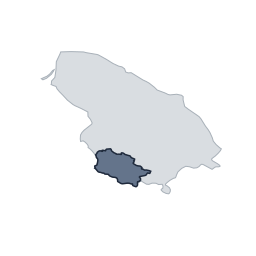 where Alytaus sits in Lithuania, rotated 26°
{"feature_id": "LTU-1067", "entity_name": "Alytaus", "entity_type": "County", "adm_level": 1, "iso_a3": "LTU", "parent_name": "Lithuania", "parent_adm1": "", "projection": "equal_earth", "projection_center": [24.158, 54.224], "detail": "fine", "context": "in_parent", "style": "filled", "palette": "slate", "viewbox_px": 256, "rotation_deg": 26, "n_neighbors": 0, "source": "natural_earth", "source_scale": "10m", "svg_char_len": 4524}
<svg xmlns="http://www.w3.org/2000/svg" viewBox="0 0 256 256"><g transform="rotate(26 128 128)"><path d="M91.3,160.9L89.9,158.8L88.4,155.1L88.6,152.2L89.5,149.2L93.7,140.5L93.5,139.1L90.5,136.7L86.9,135.0L84.9,131.2L77.4,131.0L70.3,131.2L68.1,131.0L61.3,129.5L54.9,127.0L50.6,125.5L47.0,123.9L45.1,122.2L41.9,122.6L39.8,122.6L39.9,122.3L38.7,119.3L40.1,114.7L38.0,107.9L34.5,99.8L34.4,91.1L34.2,89.1L43.3,84.3L54.8,79.1L57.4,78.6L67.9,75.5L69.3,75.3L78.8,75.8L86.2,76.6L92.4,76.5L95.8,75.7L99.0,76.3L101.4,78.7L104.0,78.4L106.6,76.9L120.5,78.3L123.7,78.2L127.3,78.4L133.8,79.8L137.6,81.1L145.9,80.3L149.4,80.3L151.3,79.8L157.0,76.3L159.5,75.7L161.7,75.1L163.8,75.6L165.2,78.6L169.5,83.8L174.1,84.7L186.8,86.6L189.4,87.7L196.7,92.3L201.0,94.5L203.8,96.3L208.0,99.8L210.4,102.4L214.5,104.3L219.3,105.6L221.0,105.8L221.0,107.7L220.2,110.9L218.7,115.0L217.1,118.1L216.7,119.4L218.0,120.4L224.3,120.9L227.0,121.4L227.5,122.3L226.1,123.4L224.1,124.3L223.3,125.2L221.7,128.3L211.2,127.9L209.8,128.5L209.2,129.9L208.7,131.6L207.3,133.6L204.6,135.3L200.2,135.9L196.7,137.1L194.0,140.7L192.1,145.6L192.2,149.1L192.5,151.0L192.3,152.1L190.9,153.3L188.7,156.5L187.0,160.0L186.3,162.0L186.7,162.9L188.7,162.9L191.6,163.6L193.2,165.0L193.8,166.7L193.8,168.4L193.3,169.4L190.9,170.1L187.3,170.1L185.1,169.3L184.7,168.6L185.7,166.9L184.9,164.8L183.4,163.6L180.3,165.4L177.3,165.4L173.8,167.0L171.5,169.5L169.2,170.4L163.2,169.9L161.7,171.0L160.5,176.2L159.8,177.2L154.7,176.9L149.8,179.0L144.3,180.7L141.5,179.5L140.0,178.2L137.0,178.4L133.7,179.0L131.5,178.7L129.1,178.8L124.3,179.8L118.3,179.5L115.8,178.7L115.5,177.8L115.7,175.8L115.7,172.7L114.7,170.0L111.9,167.5L108.9,165.8L105.1,164.1L102.3,163.3L100.7,163.1L100.4,162.1L99.8,161.3L98.5,160.5L95.7,159.5L93.3,159.2L91.3,160.9ZM30.4,122.0L28.5,121.7L32.5,116.9L34.0,113.8L35.1,109.3L36.1,107.9L36.1,109.9L35.6,113.3L33.0,119.0L30.4,122.0Z" fill="#d9dde1" stroke="#a8b0b8" stroke-width="1"/><path d="M162.6,169.9L161.6,170.3L161.4,170.6L161.4,170.9L161.5,171.2L161.4,171.4L160.8,171.7L160.5,172.0L160.3,172.0L160.2,172.1L160.4,172.8L160.8,173.7L161.3,174.4L161.6,175.2L161.5,176.4L161.1,177.1L160.5,177.4L158.2,177.6L157.6,177.6L157.1,177.2L156.7,176.4L156.4,176.3L155.5,176.8L153.3,177.1L151.5,177.9L147.6,180.5L146.4,180.9L145.1,180.9L144.1,180.7L142.9,180.7L142.2,180.6L141.9,180.2L141.3,179.0L140.3,178.1L139.2,177.8L138.1,178.0L136.0,178.8L135.0,179.0L132.8,179.1L132.2,179.0L131.2,178.5L130.7,178.3L130.2,178.4L127.5,179.5L127.3,179.5L127.0,179.5L126.4,179.2L126.1,179.2L125.6,179.3L125.0,179.6L122.9,179.9L121.2,180.4L120.6,180.4L120.0,180.3L117.0,178.9L115.8,178.7L115.9,178.4L116.0,178.2L115.9,178.0L115.7,177.8L115.3,177.6L115.0,177.3L114.9,176.9L114.9,176.4L115.1,176.2L115.3,176.1L115.7,175.8L116.2,175.1L116.2,174.2L115.7,172.2L115.4,171.3L115.1,170.3L114.6,169.5L114.0,168.9L113.7,168.7L113.0,168.6L112.6,168.4L112.3,168.1L111.7,167.2L111.4,166.8L110.7,166.4L110.8,165.7L111.2,164.3L111.1,164.0L111.0,163.7L111.0,163.4L111.1,163.1L111.4,162.7L111.5,162.3L111.9,161.6L112.5,161.0L113.0,160.7L113.8,160.5L114.9,160.4L115.2,160.2L115.3,160.0L115.2,159.9L114.8,159.7L114.6,159.5L114.9,159.2L115.2,159.0L117.8,158.3L117.8,158.0L117.8,157.9L117.7,157.4L117.7,157.1L117.8,156.7L118.0,156.4L118.3,156.2L121.2,154.5L121.5,154.4L121.9,154.5L122.5,154.9L122.7,155.3L123.4,155.8L125.1,156.1L125.5,156.4L128.7,156.3L128.8,156.4L128.7,156.5L128.8,156.6L129.3,156.5L130.2,156.1L131.4,155.4L133.4,154.8L133.5,154.7L133.5,154.4L133.2,154.1L133.0,153.9L133.0,153.6L133.0,153.3L133.1,153.2L133.5,153.0L133.7,152.9L134.5,152.7L135.1,152.7L135.8,152.8L136.1,152.9L136.4,153.0L136.7,153.1L140.5,152.5L141.2,152.3L141.8,152.2L142.4,152.3L143.1,152.7L143.4,153.0L144.0,153.2L144.5,153.2L147.5,153.0L147.9,153.9L147.8,154.2L147.8,154.6L147.6,154.7L147.5,154.9L147.5,155.0L148.1,155.4L148.3,155.7L148.1,156.4L148.0,156.7L148.0,157.1L148.1,157.4L148.8,157.7L151.8,158.0L152.4,157.9L153.5,157.7L154.0,157.5L154.8,157.2L155.4,157.0L155.8,156.9L156.8,157.1L157.8,157.4L158.0,157.6L158.1,157.8L158.0,158.0L157.9,158.3L158.0,158.6L158.2,158.8L158.6,158.8L158.9,158.7L159.4,158.5L159.9,158.4L160.5,158.5L161.0,158.6L161.3,158.6L162.9,157.7L165.7,157.0L167.4,156.9L167.5,158.8L167.5,159.0L167.4,159.3L166.8,159.5L165.8,159.7L165.5,159.8L165.3,159.9L165.2,160.1L165.1,160.7L164.9,162.0L164.7,162.7L163.4,163.8L159.8,166.5L159.7,166.9L159.8,167.2L160.2,167.4L161.0,167.7L161.3,167.9L161.5,168.1L161.7,168.4L161.9,169.0L162.5,169.9L162.6,169.9Z" fill="#64748b" stroke="#1e293b" stroke-width="1.5"/></g></svg>